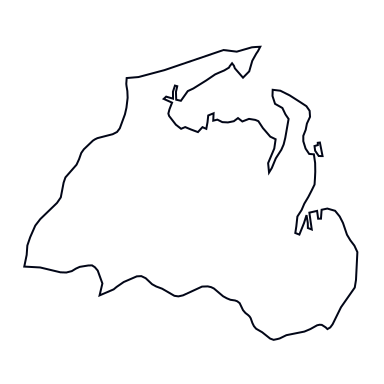 Aichi, Natural Earth projection, rotated 181°
{"feature_id": "JPN-1840", "entity_name": "Aichi", "entity_type": "Prefecture", "adm_level": 1, "iso_a3": "JPN", "parent_name": "Japan", "parent_adm1": "", "projection": "natural_earth1", "projection_center": [137.132, 34.981], "detail": "fine", "context": "isolated", "style": "outline", "palette": "ink", "viewbox_px": 384, "rotation_deg": 181, "n_neighbors": 0, "source": "natural_earth", "source_scale": "10m", "svg_char_len": 2624}
<svg xmlns="http://www.w3.org/2000/svg" viewBox="0 0 384 384"><g transform="rotate(181 192 192)"><path d="M259.3,304.8L247.5,306.0L221.6,313.4L163.0,334.5L149.7,333.1L134.7,337.7L130.8,338.1L126.3,338.4L128.5,334.0L130.2,331.4L134.0,324.3L136.9,313.6L143.0,307.2L151.3,316.4L152.3,319.0L154.2,321.4L156.5,318.4L157.2,317.0L161.9,314.1L166.6,312.0L170.9,310.0L179.7,303.8L192.5,295.5L198.0,292.8L204.7,283.0L209.4,284.0L209.8,291.8L208.6,297.5L210.9,298.1L212.8,291.9L212.6,285.0L219.5,286.9L221.9,284.6L213.5,281.0L216.0,274.2L217.0,270.0L216.2,267.6L209.3,259.0L204.0,255.0L200.0,256.8L193.9,254.4L187.1,252.0L182.7,257.0L178.8,255.4L177.7,262.1L177.1,268.8L171.8,271.1L172.0,263.7L167.9,264.8L162.9,262.4L157.3,262.2L151.4,263.5L147.3,266.7L142.9,263.4L136.3,266.1L130.0,265.2L126.9,264.0L122.2,257.1L120.3,255.0L114.7,248.7L109.3,246.2L110.5,236.9L116.4,222.2L115.3,212.8L112.6,217.4L108.8,227.1L103.4,235.8L101.2,241.1L99.7,247.7L96.7,266.7L99.9,271.2L103.1,277.6L110.5,281.6L113.2,289.4L113.1,295.6L105.4,294.8L96.0,290.3L85.6,283.9L79.1,279.8L75.8,275.2L75.3,269.2L78.3,262.4L79.4,256.2L81.7,250.1L81.6,244.7L79.2,237.4L75.5,232.1L70.8,231.8L69.4,223.2L69.1,214.5L69.3,207.7L69.6,201.6L72.5,195.4L75.6,189.1L79.5,182.3L82.1,175.9L86.2,169.3L87.1,159.4L88.0,152.8L83.9,151.3L79.5,162.8L77.1,170.9L75.7,163.2L75.5,158.0L71.6,156.6L74.3,173.4L66.6,175.3L65.4,167.5L62.6,167.6L62.1,176.5L56.4,177.8L48.6,175.7L43.9,170.1L40.5,163.7L36.3,152.0L32.8,146.4L28.7,141.2L25.6,134.8L26.5,106.9L27.6,99.3L41.0,79.4L49.1,62.2L51.4,59.0L54.2,57.3L56.0,59.0L59.9,61.4L62.1,61.5L64.6,60.9L71.3,57.0L77.2,54.4L95.1,50.5L101.8,47.1L103.9,46.5L107.8,45.6L111.3,46.8L119.4,53.0L125.5,56.4L127.7,58.9L129.3,62.0L131.1,66.8L132.2,68.5L133.7,69.9L136.5,72.0L138.9,74.7L142.4,81.7L144.8,83.5L147.1,84.3L151.7,84.9L155.3,86.3L159.1,88.3L168.4,95.9L171.2,97.2L174.6,97.9L180.3,97.6L199.2,88.5L203.8,87.4L207.8,87.9L220.2,94.8L226.1,96.9L230.3,99.1L236.8,105.0L241.2,107.0L245.7,106.7L258.7,100.8L265.7,95.8L268.6,93.3L282.6,87.0L280.0,99.0L284.9,111.8L287.8,115.1L290.7,116.9L294.5,116.7L302.9,115.2L306.7,113.4L310.8,110.8L316.3,109.3L322.1,109.4L342.5,113.9L358.4,114.5L356.2,126.2L355.7,135.6L353.0,144.0L348.1,155.7L343.2,162.3L326.8,178.7L323.1,184.3L320.5,199.2L318.8,204.4L307.9,217.3L305.5,222.8L303.4,229.1L300.9,232.8L292.0,241.6L289.9,243.0L287.5,244.2L272.3,248.4L268.0,250.7L265.3,254.4L260.4,268.5L259.0,275.2L258.0,285.1L258.4,291.8L259.3,296.7L259.6,299.0L259.3,304.8L259.3,304.8ZM62.1,230.2L65.9,230.2L69.6,235.4L70.3,240.1L67.0,241.1L67.1,243.4L65.0,243.7L62.1,230.2Z" fill="none" stroke="#020617" stroke-width="2"/></g></svg>